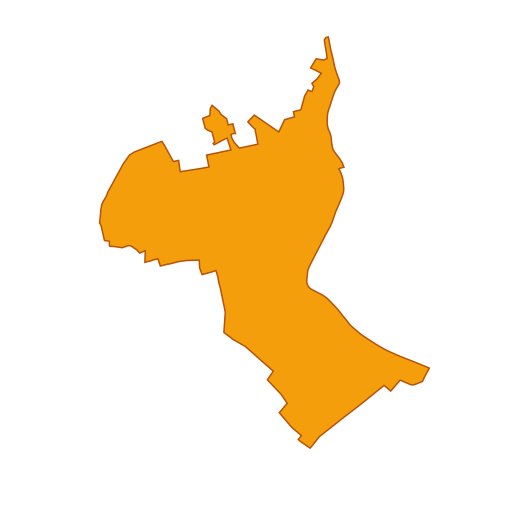 Cau Giay, Ha Noi, Vietnam, rotated 348°
{"feature_id": "81297802B81208073820584", "entity_name": "Cau Giay", "entity_type": "district", "adm_level": 2, "iso_a3": "VNM", "parent_name": "Vietnam", "parent_adm1": "Ha Noi", "projection": "orthographic", "projection_center": [105.795, 21.03], "detail": "fine", "context": "isolated", "style": "filled", "palette": "amber", "viewbox_px": 512, "rotation_deg": 348, "n_neighbors": 0, "source": "geoboundaries", "source_scale": "gbopen_adm2", "svg_char_len": 4321}
<svg xmlns="http://www.w3.org/2000/svg" viewBox="0 0 512 512"><g transform="rotate(348 256 256)"><path d="M354.3,136.4L354.5,135.4L355.6,131.9L356.4,130.0L357.4,128.2L359.7,124.4L360.4,123.2L362.0,120.2L363.8,117.1L366.0,113.4L368.3,110.2L369.3,109.2L370.5,107.8L373.0,105.0L373.6,104.2L373.7,103.8L373.9,101.9L373.9,101.1L373.8,100.0L373.4,97.8L373.2,96.4L372.7,92.1L372.3,88.3L372.3,85.3L372.3,78.6L372.3,77.3L372.2,73.5L372.0,70.8L372.3,56.8L369.8,56.8L369.0,57.6L368.1,58.4L367.7,58.9L367.5,63.3L367.3,66.3L367.1,72.2L366.6,77.6L362.9,78.4L355.9,75.6L348.5,83.4L352.9,86.8L357.8,90.8L352.8,95.3L346.6,98.7L347.7,102.5L344.9,106.8L341.4,104.5L336.9,109.5L330.2,122.4L322.6,122.6L322.6,127.9L312.3,128.6L304.1,139.4L300.1,135.2L283.6,117.8L277.8,121.8L275.9,123.1L277.1,125.1L279.0,128.2L279.5,128.9L280.5,130.6L281.5,131.7L281.3,134.1L281.3,134.4L281.3,135.3L281.4,136.6L281.3,137.9L281.3,138.5L281.3,139.2L281.3,139.4L281.2,140.3L281.2,141.2L281.1,145.6L281.0,147.0L276.4,147.0L272.6,147.0L268.8,147.0L262.4,147.0L262.1,147.0L260.1,143.5L258.3,140.3L256.9,135.6L256.7,132.2L258.2,131.5L260.1,131.6L261.3,132.0L260.8,121.9L255.9,122.0L256.0,117.9L255.8,116.2L255.8,115.7L255.0,114.7L251.3,110.4L249.7,106.3L244.4,99.5L242.0,102.1L240.1,109.0L232.4,110.3L232.9,120.5L235.0,123.0L238.8,125.6L239.2,135.9L237.5,137.0L238.2,138.5L239.6,138.1L242.1,137.4L246.3,136.1L246.9,135.9L250.4,135.1L252.3,134.7L252.4,135.7L252.5,136.1L252.5,136.7L252.5,137.0L252.6,137.4L252.6,138.2L252.8,139.9L253.0,141.8L253.4,145.9L253.5,147.1L253.1,147.1L251.5,147.1L251.1,147.1L228.6,147.0L228.6,152.7L228.5,154.3L228.5,156.0L228.5,157.7L228.5,159.1L224.8,159.1L222.1,159.0L199.4,157.8L200.0,148.7L200.2,146.4L196.6,146.4L195.7,146.4L194.8,146.4L189.6,129.2L187.8,124.3L159.4,128.8L153.9,130.6L152.6,131.5L145.8,137.8L142.6,141.4L123.9,163.2L123.5,164.2L123.0,165.0L121.5,167.0L118.3,170.4L116.3,173.0L115.3,174.8L113.6,179.3L111.9,185.0L110.4,189.6L110.1,190.6L109.8,191.3L110.2,191.9L110.8,194.6L111.0,209.4L115.2,210.9L115.6,211.2L115.6,211.7L114.8,214.8L114.7,215.4L114.8,215.8L115.4,216.2L119.4,217.3L126.4,219.9L127.3,220.1L128.7,219.8L129.6,219.8L131.9,219.3L133.7,219.4L133.9,219.5L135.8,220.2L140.4,224.9L142.9,229.0L146.3,228.3L148.8,227.8L146.0,239.1L151.9,238.9L155.1,238.4L158.4,238.5L159.5,238.4L160.3,245.4L160.3,245.9L164.3,245.8L167.4,245.6L169.8,245.8L179.0,245.4L184.9,245.8L187.5,246.0L190.1,246.5L199.6,248.2L199.6,248.4L198.4,255.9L199.4,263.0L209.5,262.4L213.7,261.9L214.0,264.4L214.4,269.5L214.2,270.6L214.1,273.8L214.4,279.6L214.4,282.6L214.3,304.5L208.7,324.1L214.7,331.0L215.3,332.0L226.4,342.0L228.6,344.8L230.3,347.1L234.8,353.1L235.7,354.4L238.4,358.1L241.1,361.7L246.4,368.8L248.2,371.2L249.0,372.2L241.4,379.5L251.8,396.5L255.9,406.7L253.8,408.2L246.2,414.1L255.5,431.4L259.5,436.4L263.0,441.2L259.2,444.2L260.8,446.5L269.0,455.2L280.7,445.7L308.9,431.8L328.1,422.6L354.4,409.2L359.7,416.1L359.8,416.0L360.8,415.3L371.2,407.4L373.4,408.9L374.1,409.5L375.1,410.2L376.3,411.0L377.3,411.7L378.7,412.7L381.0,414.3L383.1,414.8L385.1,414.6L386.8,414.4L388.9,414.0L390.8,413.7L391.8,413.4L392.8,413.3L394.4,411.1L395.0,410.3L395.7,409.4L396.2,408.8L396.8,408.1L397.9,406.8L398.3,406.3L399.7,404.7L400.1,404.3L402.2,401.7L388.4,392.2L376.6,384.5L369.5,379.4L365.0,376.1L362.2,373.8L355.7,368.0L350.3,362.6L346.3,358.6L342.7,354.9L339.4,350.7L336.3,346.6L334.7,344.4L334.0,343.4L333.6,342.7L333.2,342.0L332.0,339.4L331.0,337.4L330.1,335.6L328.5,332.6L328.2,332.0L327.4,330.2L324.5,324.6L321.4,319.5L318.7,315.1L317.0,312.5L315.0,310.2L313.2,308.3L303.3,300.1L302.3,299.0L301.0,297.0L300.5,295.5L300.2,293.9L300.3,291.8L301.0,289.0L303.5,281.3L304.1,280.1L305.6,277.9L309.2,273.3L317.9,262.7L323.8,255.5L327.9,250.4L334.6,242.7L337.0,239.5L343.2,229.2L346.3,224.9L350.7,218.6L353.3,214.6L355.0,211.4L355.8,208.6L356.6,202.6L356.9,198.7L356.8,196.6L356.3,192.2L355.7,189.6L355.1,188.0L356.4,187.6L360.5,187.5L360.0,184.8L360.0,184.7L359.9,183.0L359.4,181.9L358.5,179.3L357.4,176.9L355.8,173.5L354.5,170.8L354.4,170.4L353.8,168.7L353.5,167.3L353.4,165.9L353.4,164.5L353.6,160.3L354.0,157.4L354.1,156.4L354.2,154.0L353.9,150.4L353.5,149.0L353.4,148.5L353.3,148.2L353.2,147.7L353.1,147.2L353.0,143.4L353.2,140.9L353.4,140.3L353.5,139.8L353.9,138.1L354.3,136.4Z" fill="#f59e0b" stroke="#b45309" stroke-width="1.5"/></g></svg>